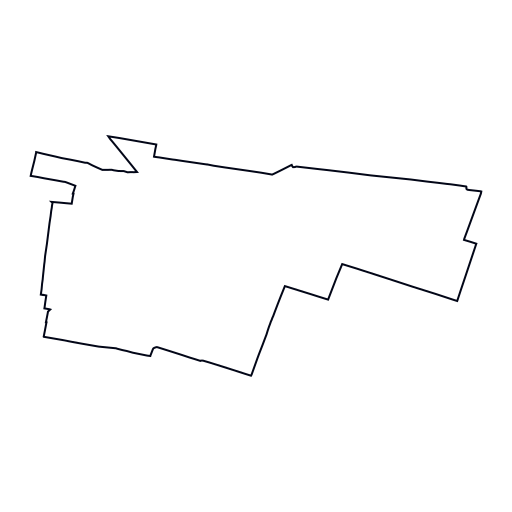 Amarastii De Sus, Dolj, Romania
{"feature_id": "2599482B27183359976971", "entity_name": "Amarastii De Sus", "entity_type": "district", "adm_level": 2, "iso_a3": "ROU", "parent_name": "Romania", "parent_adm1": "Dolj", "projection": "natural_earth1", "projection_center": [24.187, 43.985], "detail": "fine", "context": "isolated", "style": "outline", "palette": "ink", "viewbox_px": 512, "rotation_deg": 0, "n_neighbors": 0, "source": "geoboundaries", "source_scale": "gbopen_adm2", "svg_char_len": 2837}
<svg xmlns="http://www.w3.org/2000/svg" viewBox="0 0 512 512"><path d="M457.5,300.0L457.7,299.5L460.4,291.3L465.3,276.7L468.7,266.5L471.7,257.5L476.3,243.7L470.7,241.9L464.0,239.9L464.3,238.7L467.1,231.2L472.7,215.9L479.0,198.7L480.9,193.6L481.3,191.5L480.6,191.3L476.5,190.8L469.2,190.0L468.0,189.8L467.4,189.7L467.0,189.4L466.6,189.1L466.4,188.5L466.4,187.4L466.4,186.8L466.2,186.5L465.7,186.4L463.5,186.1L460.3,185.6L450.7,184.3L446.7,183.9L438.6,182.9L427.3,181.6L410.8,179.5L370.7,175.4L348.7,172.6L327.6,170.1L318.5,169.1L300.3,167.0L296.9,166.6L296.3,166.6L295.8,166.7L295.1,167.0L294.2,167.1L293.0,167.1L292.2,166.1L291.7,164.9L291.0,165.2L289.1,166.2L280.0,170.8L273.9,173.8L272.1,174.6L271.1,174.4L261.2,172.7L249.0,170.9L224.6,167.4L213.5,165.7L207.1,164.4L207.0,164.5L182.2,160.9L175.1,159.8L172.4,159.5L166.0,158.5L158.5,157.3L158.2,157.3L154.4,156.8L154.0,156.7L154.7,152.8L155.4,148.8L156.2,145.2L156.3,144.5L119.8,138.1L108.3,136.3L110.3,139.2L112.2,141.4L119.4,150.2L131.4,165.0L137.0,172.0L134.0,172.2L130.8,172.1L127.6,172.3L123.8,171.1L118.4,171.0L113.8,170.3L111.8,169.8L102.4,169.9L97.4,167.7L92.4,165.4L89.7,164.0L88.2,163.2L87.3,162.8L84.9,162.7L78.1,161.2L70.6,159.7L61.8,158.1L55.6,156.6L48.5,155.0L43.2,153.8L39.6,152.9L36.2,152.1L36.2,152.3L34.3,161.0L32.0,170.1L31.2,173.4L30.7,175.9L32.8,176.2L37.7,177.0L44.2,178.3L56.2,180.4L63.2,181.7L65.0,181.9L66.2,182.3L75.4,185.8L73.7,191.2L72.8,193.6L73.5,193.7L72.8,196.9L71.7,203.7L65.0,203.1L60.8,202.7L51.5,201.9L51.6,202.0L51.8,202.1L52.0,202.2L52.1,202.4L52.3,202.7L52.5,203.2L52.2,204.5L52.0,205.7L52.0,205.9L51.9,206.5L51.8,207.6L51.2,211.0L50.9,213.6L50.6,216.1L49.5,223.3L46.9,244.0L45.1,256.0L44.6,261.6L44.2,264.5L43.8,268.5L43.0,276.0L42.7,279.4L42.1,283.6L41.6,289.2L40.8,294.6L41.9,294.8L42.9,295.0L43.0,294.8L46.3,295.5L45.3,302.0L44.7,306.5L44.4,308.4L45.6,308.6L46.4,308.7L46.8,308.8L48.0,309.0L49.6,309.3L50.2,309.5L48.0,311.6L47.6,313.8L46.6,318.9L45.9,322.3L46.5,322.4L46.4,322.7L44.9,330.6L43.7,336.7L43.8,336.8L62.4,340.0L72.6,342.0L82.0,343.7L98.7,346.6L116.1,348.3L117.1,348.7L122.5,350.1L126.8,351.0L132.8,352.7L147.2,355.6L150.3,356.0L150.4,355.6L152.9,349.2L153.4,348.4L154.2,347.9L155.8,347.3L156.8,347.1L157.7,347.3L170.1,351.2L182.0,355.0L189.5,357.5L195.4,359.3L200.4,360.9L200.9,360.6L202.0,360.6L202.9,360.6L209.4,362.5L228.2,368.4L245.3,373.9L251.0,375.7L251.6,374.6L257.5,358.1L259.1,353.8L262.6,344.8L264.9,338.7L266.5,334.5L267.6,330.9L269.0,326.7L270.0,324.1L270.9,321.5L271.6,320.0L272.4,317.8L273.2,316.1L274.9,311.5L275.9,308.9L277.8,303.9L280.7,296.5L284.6,286.8L284.9,286.1L312.2,294.6L317.5,296.3L328.1,299.6L335.0,281.7L336.3,278.3L342.2,264.1L357.1,268.7L361.7,270.2L384.4,277.5L401.6,283.1L412.6,286.7L435.2,293.8L452.8,299.6L457.2,301.0L457.5,300.2L457.5,300.0Z" fill="none" stroke="#020617" stroke-width="2"/></svg>